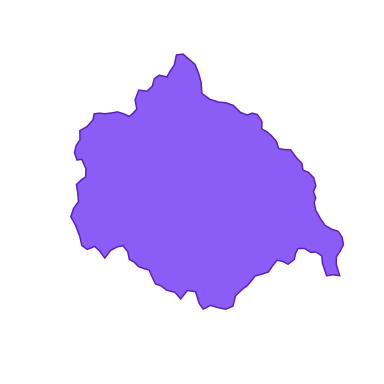 outline of Simão Pereira, Minas Gerais, Brazil, rotated 338°
{"feature_id": "56859067B55911598302165", "entity_name": "Simão Pereira", "entity_type": "district", "adm_level": 2, "iso_a3": "BRA", "parent_name": "Brazil", "parent_adm1": "Minas Gerais", "projection": "equal_earth", "projection_center": [-43.289, -21.963], "detail": "fine", "context": "isolated", "style": "filled", "palette": "violet", "viewbox_px": 384, "rotation_deg": 338, "n_neighbors": 0, "source": "geoboundaries", "source_scale": "gbopen_adm2", "svg_char_len": 1675}
<svg xmlns="http://www.w3.org/2000/svg" viewBox="0 0 384 384"><g transform="rotate(338 192 192)"><path d="M141.5,286.9L150.8,281.6L158.0,285.8L156.9,297.8L158.5,304.8L166.7,304.1L172.6,308.8L179.2,313.2L187.2,313.2L193.5,304.5L202.6,300.9L207.8,299.6L212.6,297.2L219.0,293.5L225.9,294.3L232.9,294.8L238.8,290.8L245.3,287.1L250.2,290.5L254.0,294.9L261.6,292.8L265.2,287.5L269.1,284.1L275.2,286.5L279.6,292.6L284.5,294.1L288.4,299.8L286.2,307.2L285.5,320.1L291.5,321.5L297.6,324.9L298.6,313.4L301.6,306.2L307.3,302.2L312.7,297.5L314.2,290.1L312.7,283.1L307.3,278.6L302.8,272.6L301.1,265.2L299.9,255.2L301.3,247.6L304.6,243.6L304.6,237.3L309.1,232.7L310.2,224.4L307.3,217.4L303.1,213.3L304.6,206.7L301.6,199.1L299.3,190.0L293.2,187.0L288.7,184.3L289.2,176.6L286.8,169.8L284.1,164.3L280.3,159.7L283.3,152.7L281.5,144.5L277.3,141.4L272.1,141.4L266.8,136.4L262.7,127.1L256.7,121.8L250.7,118.8L243.3,112.8L238.1,104.4L241.5,93.9L242.6,84.2L242.6,74.8L239.1,68.2L235.4,60.8L228.9,59.1L223.2,67.6L216.8,71.9L211.8,75.9L205.5,71.5L199.5,72.8L194.7,79.2L187.9,81.6L180.8,77.6L173.8,85.2L171.9,94.4L166.7,96.9L162.2,98.4L158.3,94.2L152.9,89.8L146.8,88.5L140.8,86.9L135.6,84.2L130.6,82.9L127.1,88.1L119.0,92.1L111.0,93.1L107.6,101.8L102.1,105.4L97.8,111.4L97.3,119.2L102.1,120.5L102.4,130.7L99.1,138.1L93.5,139.4L87.7,141.8L85.6,150.5L83.2,158.4L76.1,162.8L70.4,169.6L71.6,179.4L71.3,191.3L69.8,200.3L73.3,206.0L81.5,206.0L84.2,212.1L86.4,220.6L94.5,215.7L102.1,214.9L107.9,215.9L110.1,223.2L108.6,231.0L112.1,235.3L114.5,241.2L119.0,245.2L123.0,248.2L123.2,255.2L123.7,263.5L128.4,267.8L131.7,273.5L138.6,278.6L141.5,286.9Z" fill="#8b5cf6" stroke="#5b21b6" stroke-width="1.5"/></g></svg>